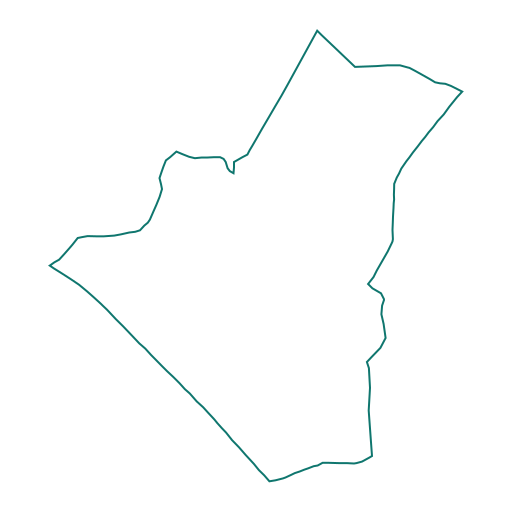 outline of Al-Ramadi, Al-Anbar, Iraq
{"feature_id": "34846034B54493291917017", "entity_name": "Al-Ramadi", "entity_type": "district", "adm_level": 2, "iso_a3": "IRQ", "parent_name": "Iraq", "parent_adm1": "Al-Anbar", "projection": "natural_earth1", "projection_center": [43.152, 33.24], "detail": "fine", "context": "isolated", "style": "outline", "palette": "teal", "viewbox_px": 512, "rotation_deg": 0, "n_neighbors": 0, "source": "geoboundaries", "source_scale": "gbopen_adm2", "svg_char_len": 2260}
<svg xmlns="http://www.w3.org/2000/svg" viewBox="0 0 512 512"><path d="M372.0,456.0L371.5,449.2L368.7,410.5L370.0,387.8L368.9,368.1L366.9,362.0L367.2,361.7L372.0,356.6L380.4,347.9L385.6,338.0L383.6,323.9L381.4,314.3L382.1,305.6L384.0,300.0L383.9,299.0L381.0,293.3L372.4,288.3L368.1,284.0L373.5,277.1L376.8,270.5L387.7,251.5L392.0,242.6L392.5,241.4L392.9,239.2L392.5,230.0L392.8,222.6L393.0,216.7L393.2,213.1L393.5,208.1L393.7,203.3L394.1,199.5L393.9,194.7L394.1,189.3L394.2,183.8L394.4,183.4L396.8,177.5L399.0,173.6L401.3,168.6L406.4,161.2L409.3,157.5L412.9,152.5L417.9,146.2L421.8,141.0L425.1,137.1L428.6,132.4L433.1,127.2L437.5,121.2L443.7,114.5L449.4,106.6L457.1,97.1L462.2,91.6L450.9,85.9L445.3,83.8L439.9,83.3L435.1,82.3L430.0,79.2L414.8,70.7L409.5,67.9L407.5,67.4L399.9,65.3L394.5,65.3L388.0,65.3L380.7,65.8L376.3,66.1L355.0,66.9L342.1,54.6L325.6,38.9L321.7,35.2L317.2,30.7L287.6,84.7L281.4,95.8L275.2,106.3L268.5,117.8L261.8,129.2L256.7,138.2L252.3,145.8L249.6,150.3L247.4,154.6L242.4,157.2L237.0,160.3L234.0,162.0L234.0,167.5L233.5,173.2L229.8,171.1L227.6,168.2L225.7,162.0L223.6,158.9L220.1,157.2L213.9,157.2L207.7,157.5L201.9,157.5L194.9,158.2L189.1,156.8L182.3,154.1L176.4,151.6L170.2,157.1L165.9,160.4L163.4,166.7L161.4,172.4L159.5,178.1L161.0,184.1L162.0,189.1L159.6,196.9L156.3,205.0L153.2,212.0L149.9,219.6L147.8,222.7L144.3,225.6L140.0,230.3L135.2,231.8L129.3,232.5L120.8,234.4L114.2,235.6L104.1,236.3L95.6,236.3L87.6,236.1L81.6,237.2L77.7,238.0L72.5,244.6L68.8,248.9L63.5,254.9L59.1,259.7L54.4,262.3L50.1,265.4L49.8,265.6L54.0,268.5L61.7,273.3L70.1,278.7L79.0,284.7L87.1,291.4L94.1,297.6L101.1,304.0L102.7,305.6L107.1,309.8L115.8,319.1L122.8,326.0L131.0,334.6L139.3,343.4L145.3,348.6L147.1,350.6L150.9,354.8L156.8,360.8L162.4,366.5L167.0,371.1L173.1,376.8L179.5,383.2L184.9,389.2L189.8,393.5L196.7,401.4L203.2,407.3L208.0,412.6L214.4,419.5L217.3,423.1L221.8,428.1L226.1,432.6L232.1,440.2L238.9,447.2L245.5,454.8L253.9,463.9L258.9,470.1L264.2,475.3L269.4,481.3L275.5,480.3L283.0,478.4L285.5,477.5L291.1,474.9L294.8,473.1L299.7,471.5L304.2,469.7L308.0,468.4L313.7,466.2L317.7,465.5L322.6,462.8L328.2,462.8L338.4,463.1L346.5,463.1L354.0,463.5L356.5,463.1L362.0,461.6L369.5,457.5L372.0,456.0Z" fill="none" stroke="#0f766e" stroke-width="2"/></svg>